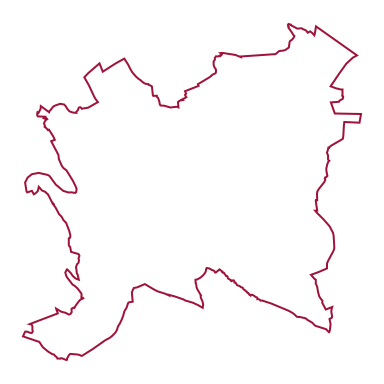 Bosanci, Suceava, Romania
{"feature_id": "2599482B16284440984410", "entity_name": "Bosanci", "entity_type": "district", "adm_level": 2, "iso_a3": "ROU", "parent_name": "Romania", "parent_adm1": "Suceava", "projection": "natural_earth1", "projection_center": [26.287, 47.571], "detail": "fine", "context": "isolated", "style": "outline", "palette": "rose", "viewbox_px": 384, "rotation_deg": 0, "n_neighbors": 0, "source": "geoboundaries", "source_scale": "gbopen_adm2", "svg_char_len": 5818}
<svg xmlns="http://www.w3.org/2000/svg" viewBox="0 0 384 384"><path d="M66.3,360.0L67.1,359.7L67.1,358.4L69.0,355.1L69.8,354.2L70.4,353.9L77.5,354.5L79.7,355.0L81.5,355.9L81.9,355.9L92.8,349.0L105.3,340.2L109.8,337.8L112.5,335.6L115.5,332.4L116.8,330.2L118.1,326.2L119.8,323.6L121.8,319.4L123.1,316.0L124.4,311.3L126.6,307.6L128.1,303.1L129.1,302.3L132.7,301.7L131.9,292.9L132.2,291.4L133.8,288.0L137.0,287.4L144.9,284.1L153.3,289.1L157.5,291.3L165.4,293.8L169.1,295.5L168.9,294.8L175.3,296.6L183.7,299.5L184.7,300.3L192.8,302.7L198.2,305.2L202.7,307.8L203.2,304.3L202.4,301.2L200.9,297.9L200.6,295.9L201.0,295.5L197.4,289.3L196.5,287.1L196.3,284.8L195.7,283.5L195.9,282.8L195.5,282.0L195.5,279.7L196.9,279.6L197.8,279.1L200.5,277.6L203.0,275.4L205.1,272.8L205.7,271.5L206.1,269.4L206.7,268.0L209.4,268.5L212.2,270.1L213.8,270.6L214.4,271.1L214.9,272.3L215.7,272.6L219.5,269.4L222.3,271.5L222.1,272.0L222.8,272.7L223.7,272.7L224.2,273.1L224.3,273.7L225.3,274.7L226.1,276.0L226.7,276.0L227.5,276.4L227.6,277.4L228.1,278.6L230.6,279.9L230.7,280.5L231.3,281.1L231.8,281.1L232.2,280.5L233.4,280.3L233.9,280.5L234.2,281.0L234.4,282.5L235.3,282.6L235.7,282.9L237.0,285.1L239.9,286.2L240.9,287.2L241.8,287.3L242.8,287.9L242.9,288.4L244.5,290.2L245.2,290.3L246.2,291.5L246.8,291.7L247.5,292.9L248.0,292.9L248.9,293.8L249.1,294.5L249.6,294.9L250.1,294.8L250.6,295.4L250.8,294.9L251.9,294.8L253.5,295.4L256.0,297.2L256.9,297.4L257.5,298.4L257.4,299.1L258.2,299.1L259.8,299.7L260.3,300.5L261.0,300.7L262.1,300.5L271.2,303.5L288.5,310.7L292.3,312.8L294.8,314.7L296.8,316.7L298.0,317.0L299.4,316.9L305.6,318.3L307.3,319.8L312.3,322.7L314.6,325.2L315.6,325.9L326.1,329.2L328.8,332.1L329.2,332.2L329.8,330.5L330.6,324.2L329.5,319.0L331.7,317.8L332.2,316.9L331.3,311.7L331.5,309.5L332.2,307.0L325.8,309.5L322.2,302.7L322.4,300.6L321.1,299.2L319.3,296.5L318.1,292.3L317.1,286.5L315.8,283.7L315.8,279.7L314.3,278.7L311.0,274.8L318.5,272.1L327.0,268.4L327.0,263.7L327.3,262.7L328.4,260.3L333.1,251.6L334.1,249.2L334.3,247.2L333.6,235.4L333.0,232.8L329.6,226.3L323.3,219.1L317.4,213.3L315.2,210.7L317.2,210.7L315.8,201.3L315.9,200.1L317.2,200.2L317.0,193.9L317.3,191.5L318.6,189.3L324.4,181.9L325.3,179.6L324.8,178.5L325.1,177.5L326.1,177.2L327.4,176.0L326.4,170.9L326.3,168.5L327.4,163.9L328.5,161.4L329.3,160.8L328.4,160.0L328.0,159.2L328.1,156.3L327.9,155.0L326.9,152.6L327.6,150.9L328.6,146.7L328.7,147.5L329.2,147.8L329.6,146.9L331.4,145.5L342.8,138.9L343.3,136.1L343.9,125.5L344.3,122.0L359.5,122.7L361.0,114.0L334.8,113.5L330.9,102.4L338.9,101.8L339.2,101.1L339.9,100.4L342.7,98.9L343.2,96.9L343.1,96.3L342.4,96.1L342.2,95.5L342.5,94.1L342.5,89.5L341.4,89.6L336.3,88.4L330.6,86.3L339.2,73.6L346.3,63.7L352.9,57.6L357.0,55.4L316.0,26.4L314.9,33.3L314.3,35.3L312.1,32.8L310.1,31.4L307.7,32.7L306.4,30.8L305.2,30.0L303.2,29.3L301.7,28.3L297.2,28.6L290.1,24.7L290.3,24.5L288.5,24.0L287.9,25.1L288.0,25.8L288.8,26.9L288.4,27.6L291.5,31.9L293.3,34.9L294.4,36.0L293.6,37.8L292.8,38.8L291.7,40.0L290.4,40.7L289.9,41.3L289.4,42.8L289.4,44.2L289.0,45.6L289.1,46.7L288.9,47.3L288.3,47.9L285.5,49.9L283.8,50.5L279.5,51.0L278.8,51.3L275.6,54.1L240.5,56.5L240.7,57.0L235.2,54.9L222.3,52.9L220.5,53.1L221.9,54.2L221.8,54.7L220.2,56.1L219.9,55.5L218.0,56.5L216.0,56.3L214.8,58.0L214.9,59.6L213.8,61.1L213.6,61.9L213.6,64.5L213.9,65.7L214.5,67.4L215.9,69.4L216.0,71.2L215.7,73.0L215.3,73.4L213.2,74.3L211.3,75.6L211.0,76.2L207.8,78.3L197.9,84.2L198.6,85.9L185.0,91.2L186.1,93.6L185.0,94.9L186.3,97.2L182.9,99.1L183.3,100.0L181.7,100.3L181.2,99.8L178.0,101.9L178.4,107.4L177.0,106.8L176.2,106.8L170.4,107.5L164.2,105.7L160.5,105.5L159.7,104.0L159.4,101.8L158.1,97.9L156.9,96.8L156.8,95.7L153.3,95.9L152.9,95.5L151.9,86.5L151.5,86.0L148.6,84.8L148.5,84.2L145.4,83.7L144.4,83.3L142.4,81.9L141.0,80.5L139.0,79.2L135.8,76.4L132.2,72.2L130.0,68.4L128.2,64.7L124.3,58.6L115.5,63.5L102.8,71.7L99.5,63.4L88.4,73.0L84.3,77.3L88.9,85.3L94.2,96.7L95.6,99.1L97.9,102.1L88.1,107.7L82.3,108.6L82.0,108.8L80.6,107.3L79.1,107.4L78.5,108.2L78.0,110.0L76.0,112.2L76.3,112.8L74.7,112.8L72.4,112.4L69.4,111.3L67.0,108.4L65.7,106.2L64.1,104.5L60.1,103.8L54.8,105.7L53.0,106.8L51.3,109.2L49.4,111.2L49.1,112.2L40.8,106.1L40.6,108.8L38.5,112.9L37.5,112.2L37.2,113.2L37.3,115.6L37.9,116.4L44.2,116.7L43.8,117.0L43.8,117.9L43.6,118.3L44.6,118.5L46.0,117.8L47.2,119.1L45.5,120.3L44.1,122.9L44.1,123.7L45.1,126.4L44.7,126.9L46.5,128.3L47.9,130.1L48.9,129.6L53.3,136.5L54.8,139.8L51.2,141.2L58.4,154.9L58.9,159.2L61.9,166.0L63.3,167.9L66.5,170.4L72.8,180.6L75.6,186.3L76.6,189.0L76.2,192.0L75.3,192.9L70.8,192.3L68.6,192.5L63.3,190.9L55.9,184.7L49.4,175.9L48.5,175.3L46.8,174.7L38.7,172.9L31.9,174.2L27.6,177.6L25.1,182.5L26.3,190.1L26.5,191.2L27.2,192.4L31.9,190.8L33.8,194.3L35.6,193.2L37.7,191.3L38.8,186.8L42.0,190.5L45.4,191.9L46.4,193.1L47.5,193.8L48.7,195.7L51.6,201.5L53.5,203.9L52.9,204.0L55.3,207.1L59.1,214.2L61.6,216.7L63.3,219.9L66.2,223.0L69.3,231.1L70.4,235.7L70.1,237.7L68.8,238.3L68.8,244.5L68.9,245.6L70.2,247.1L71.1,251.9L78.6,254.1L79.4,255.5L79.3,256.3L78.5,258.2L79.0,260.4L78.5,262.8L77.0,264.3L76.1,266.8L76.0,267.7L76.4,269.1L76.8,273.3L77.6,274.5L78.8,279.7L76.3,278.8L75.0,278.0L72.8,276.0L70.8,273.1L67.1,269.3L66.9,269.3L65.3,272.5L66.0,275.1L66.8,277.0L72.5,284.5L74.6,285.8L77.6,288.5L81.2,293.3L81.6,294.3L81.4,297.4L82.9,297.8L83.3,298.2L82.7,298.7L80.6,299.5L79.4,300.6L76.0,305.1L74.3,308.0L73.4,307.6L72.5,308.4L71.7,308.6L71.5,309.1L71.7,312.1L70.4,314.0L69.4,314.5L68.4,314.4L65.8,312.9L61.0,311.6L56.2,308.6L56.6,310.2L57.8,313.4L29.7,324.1L31.6,324.6L32.4,326.1L32.4,329.8L32.8,331.2L32.4,332.4L31.6,333.0L29.5,332.6L27.1,331.6L25.1,331.7L23.0,336.4L39.3,341.9L42.8,347.2L48.0,351.5L52.0,354.0L54.2,354.7L55.1,355.9L56.8,357.3L57.4,358.6L60.5,358.6L61.0,358.2L61.7,358.2L66.3,360.0Z" fill="none" stroke="#9f1239" stroke-width="2"/></svg>